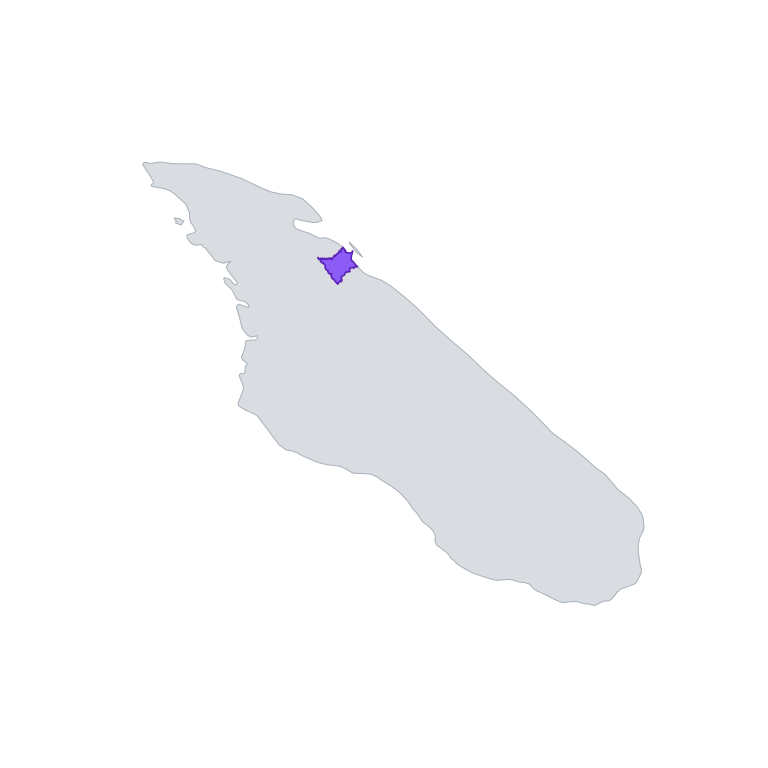 Soanierana Ivongo, Analanjirofo, Madagascar (highlighted), rotated 298°
{"feature_id": "10022922B56427545477040", "entity_name": "Soanierana Ivongo", "entity_type": "district", "adm_level": 2, "iso_a3": "MDG", "parent_name": "Madagascar", "parent_adm1": "Analanjirofo", "projection": "equal_earth", "projection_center": [49.223, -16.67], "detail": "fine", "context": "in_parent", "style": "filled", "palette": "violet", "viewbox_px": 768, "rotation_deg": 298, "n_neighbors": 0, "source": "geoboundaries", "source_scale": "gbopen_adm2", "svg_char_len": 8306}
<svg xmlns="http://www.w3.org/2000/svg" viewBox="0 0 768 768"><g transform="rotate(298 384 384)"><path d="M476.1,84.7L477.7,89.7L479.6,94.5L485.5,106.1L488.1,110.5L490.2,115.3L491.3,124.7L495.0,139.3L498.5,161.3L499.6,183.9L500.6,194.2L503.4,203.9L507.9,214.0L509.3,225.2L506.5,236.7L502.5,247.6L501.5,249.6L499.6,252.4L498.8,252.3L495.6,249.5L493.0,244.9L489.7,234.1L488.5,228.6L487.1,227.7L483.3,228.2L480.5,231.6L480.0,233.8L480.6,239.9L481.6,245.3L482.1,250.9L482.2,257.9L483.2,260.0L484.7,261.8L486.3,266.4L486.6,277.3L485.6,282.8L482.9,287.5L483.0,290.1L484.0,292.8L483.1,294.4L479.5,296.5L478.0,298.3L476.0,303.1L472.9,312.9L472.4,317.9L474.4,333.1L473.8,343.8L469.8,364.4L467.5,374.2L464.2,385.8L459.2,401.2L454.3,420.5L450.1,440.2L447.0,452.1L443.5,463.8L438.7,484.4L434.7,505.3L428.7,528.3L420.4,553.8L419.5,557.2L417.8,570.2L416.0,581.5L413.8,592.7L409.2,611.1L408.7,616.8L407.7,622.3L403.3,633.8L401.4,638.1L400.1,642.6L399.3,648.4L398.0,654.0L394.8,664.2L390.0,673.0L386.7,676.2L379.6,680.8L375.9,681.8L367.9,681.9L360.1,684.5L352.0,689.6L344.2,695.4L341.3,698.2L338.0,699.8L327.7,700.1L324.6,698.8L314.1,689.3L310.1,687.7L302.5,686.4L300.2,685.6L298.1,684.3L294.9,679.3L288.8,675.1L287.3,673.8L286.3,670.9L285.7,667.7L284.0,664.2L282.8,657.5L280.7,652.8L274.9,644.5L274.3,641.8L273.7,633.0L273.8,627.1L273.1,616.1L273.7,611.0L275.6,606.4L274.7,601.3L272.5,596.1L271.6,590.6L270.0,585.6L264.0,576.6L262.5,572.2L261.5,567.6L259.0,553.4L258.7,548.4L258.9,537.9L259.6,532.4L261.0,528.7L261.3,525.8L262.2,523.4L263.6,521.5L264.5,519.2L266.6,505.7L269.3,502.7L273.5,500.9L276.8,497.4L278.7,492.7L280.5,482.8L285.6,473.1L287.4,467.9L291.6,460.2L295.3,449.2L296.4,444.1L297.1,438.8L298.0,427.2L298.6,421.4L298.4,415.7L296.2,409.8L290.9,399.1L290.7,397.1L291.1,389.2L290.6,383.4L288.6,377.7L286.1,372.3L283.6,362.2L282.3,345.5L282.4,339.4L281.7,334.0L279.9,328.9L281.0,320.0L296.2,287.5L296.7,283.6L296.0,273.7L296.3,267.9L296.8,265.8L298.0,264.5L300.6,263.9L313.2,262.5L314.8,261.5L317.9,258.8L322.2,253.5L324.1,251.9L325.9,252.5L327.0,254.8L328.4,256.0L333.4,253.6L335.4,253.5L337.4,253.9L338.3,251.7L338.8,248.7L339.6,246.6L340.9,245.5L347.4,244.8L351.6,244.0L357.0,241.9L358.1,242.3L362.5,249.8L363.9,250.4L365.6,250.7L367.0,249.3L363.5,245.4L362.9,243.2L363.1,240.7L365.0,235.3L368.1,231.2L375.1,225.0L382.4,217.8L384.5,217.3L386.3,218.4L387.7,226.9L387.6,228.3L388.7,228.5L390.1,227.5L391.3,224.0L391.3,221.2L390.3,218.5L389.9,216.1L389.8,214.0L393.5,209.0L396.4,204.2L397.7,198.4L398.9,195.8L402.0,192.8L402.9,193.3L403.6,195.7L404.0,198.3L403.2,200.8L402.1,203.3L401.7,206.7L403.4,207.3L405.0,206.5L407.4,200.5L410.1,194.7L411.7,191.7L413.8,189.7L417.2,190.1L420.5,191.4L415.1,185.3L413.7,177.0L420.1,162.6L420.2,159.6L421.1,158.7L421.5,157.5L418.2,152.7L417.6,150.3L418.0,146.6L419.6,143.3L421.0,141.1L423.1,140.2L424.7,141.5L428.3,145.4L430.7,146.1L433.6,142.2L436.0,137.4L439.6,134.1L443.6,132.1L449.8,124.6L453.8,108.8L454.2,104.1L453.3,98.5L451.8,93.2L449.4,86.6L450.1,85.1L453.5,86.0L454.6,85.1L458.3,79.2L464.4,67.9L466.4,67.9L468.1,70.0L468.7,73.1L469.9,75.4L474.0,80.7L476.1,84.7ZM433.7,129.1L433.8,130.9L429.1,130.2L428.4,124.2L430.7,124.0L431.2,121.6L432.6,121.3L434.1,126.6L433.7,129.1ZM490.0,296.9L486.0,305.6L487.1,298.4L491.7,287.9L493.0,287.1L490.0,296.9Z" fill="#d9dde1" stroke="#a8b0b8" stroke-width="1"/><path d="M464.5,266.4L464.5,266.6L464.0,267.2L463.8,267.1L463.6,267.5L463.3,268.0L463.6,268.4L463.7,268.7L463.9,269.6L463.7,270.0L463.4,269.8L463.0,270.0L462.9,270.2L462.6,270.2L462.6,270.5L462.2,270.7L462.3,270.9L462.3,271.0L462.1,271.6L461.9,271.9L462.0,272.0L462.0,272.7L461.9,272.9L462.0,273.1L461.9,273.2L462.5,273.6L462.3,274.2L462.2,274.2L461.9,274.4L461.7,274.6L461.6,274.9L461.4,275.1L461.3,276.0L461.2,276.3L460.7,276.7L460.4,276.9L460.0,277.0L459.8,276.9L459.4,277.3L459.0,277.5L458.9,277.8L458.6,278.0L458.3,278.2L458.0,278.9L457.7,279.1L457.7,280.2L457.7,281.1L457.7,281.5L457.3,281.4L456.8,281.7L456.6,281.9L456.4,282.5L456.1,282.7L455.7,282.9L455.7,283.3L455.6,283.5L455.6,283.9L455.6,284.3L455.9,284.5L456.0,284.7L456.0,285.0L456.2,285.3L456.3,285.4L456.6,285.4L456.8,285.9L456.6,285.9L456.5,286.0L456.2,285.9L456.2,285.6L455.7,285.9L455.4,286.3L455.2,286.1L454.8,286.6L454.6,286.7L454.5,286.9L454.3,286.9L454.1,287.3L453.7,287.5L453.7,287.9L453.6,288.1L453.2,288.1L453.1,288.6L452.9,288.6L452.8,288.9L452.9,289.5L452.7,289.6L452.8,289.9L452.8,290.5L452.7,291.3L452.1,291.5L452.1,291.8L451.9,292.0L451.7,292.8L451.5,293.2L451.4,293.5L451.2,294.1L451.0,294.4L451.0,294.6L450.8,294.8L450.8,295.1L450.6,295.8L450.9,295.7L451.1,295.7L451.1,295.9L450.8,296.4L450.9,296.5L451.1,296.6L451.3,296.5L451.5,296.5L451.8,296.3L452.0,296.4L452.5,296.5L452.7,296.3L453.0,296.4L453.0,296.6L453.4,296.9L453.5,297.1L453.8,297.2L454.0,296.9L454.2,297.1L454.2,297.5L454.3,297.4L454.4,297.7L454.6,297.7L454.8,297.6L455.0,297.5L455.2,297.8L455.3,297.9L455.5,298.1L455.5,298.3L456.0,298.3L455.9,297.9L456.1,297.6L456.2,297.2L456.4,297.2L456.5,297.1L456.8,297.0L457.1,297.2L457.3,296.9L457.8,296.4L458.0,296.0L458.3,295.8L458.6,296.0L459.1,296.4L459.3,296.6L460.4,297.0L460.9,297.5L462.1,298.1L462.3,297.9L462.4,297.7L462.6,297.7L463.2,297.7L463.7,297.5L463.8,297.5L464.0,297.7L464.3,297.7L464.4,297.9L464.6,298.1L464.7,297.9L464.9,298.0L465.2,297.9L465.2,298.3L465.4,298.6L465.5,298.7L465.5,298.9L465.7,299.1L466.0,299.1L466.2,299.3L466.1,299.5L466.2,299.8L466.5,300.0L466.7,300.3L466.6,300.6L467.0,300.9L467.3,300.7L467.4,300.8L467.5,300.5L467.9,300.3L468.2,300.3L468.5,300.0L468.8,300.2L469.3,299.8L469.7,299.6L469.8,299.7L470.0,299.7L470.0,299.9L470.1,300.0L470.8,300.1L471.5,300.9L472.0,301.2L472.0,301.6L471.9,302.3L472.1,302.6L472.0,303.0L472.5,303.1L472.8,303.2L473.0,303.1L473.1,303.3L473.3,303.3L473.4,303.5L474.0,303.6L474.6,303.9L474.5,304.3L474.5,304.6L474.8,304.6L474.7,304.8L474.8,305.4L474.9,305.5L475.1,305.5L475.4,305.2L475.5,304.8L475.4,304.6L475.7,303.8L475.8,303.0L476.2,302.3L476.3,301.9L476.6,301.4L476.7,301.0L477.0,300.7L477.3,299.9L477.5,299.3L477.7,298.8L477.7,298.6L477.8,298.1L477.8,297.5L477.9,297.2L478.1,297.0L478.6,296.6L479.4,296.1L480.6,295.6L482.4,295.0L485.1,294.5L486.6,294.0L486.6,293.8L486.2,294.0L485.8,294.0L485.5,293.8L485.3,293.9L485.0,293.8L484.8,293.6L483.6,292.2L483.5,291.9L482.8,290.5L482.5,289.8L482.7,289.4L482.5,289.2L482.6,288.8L482.5,288.6L482.4,288.1L482.5,287.5L482.6,287.3L482.9,287.2L483.0,286.9L483.4,286.9L483.6,287.1L483.6,287.3L483.3,287.4L483.3,287.5L483.7,287.3L484.0,287.2L484.1,286.9L483.9,286.9L483.9,286.7L484.2,286.4L484.2,285.8L484.3,285.6L484.6,285.4L484.8,284.7L485.2,284.3L485.1,284.2L485.2,283.8L485.2,283.4L484.8,283.4L483.8,283.1L483.6,283.3L483.5,283.6L483.4,283.5L483.3,283.4L483.3,282.9L483.1,282.7L482.8,282.9L482.6,283.3L482.2,283.4L482.0,283.0L481.7,283.1L481.2,283.0L480.9,282.9L480.7,283.2L480.7,282.8L480.4,282.6L480.4,282.3L480.2,282.5L480.1,282.4L479.9,282.6L479.8,282.3L479.6,282.2L479.5,282.5L479.4,282.5L479.4,282.1L479.2,282.0L478.7,282.2L478.6,282.3L477.9,282.3L477.8,282.2L477.6,281.8L477.4,282.0L477.1,281.8L476.8,281.7L476.7,281.4L476.3,281.6L476.1,281.5L475.7,281.3L475.3,281.4L475.2,281.1L474.9,280.5L474.6,280.7L474.7,280.3L474.4,280.1L474.4,279.9L473.9,279.8L474.1,280.1L473.8,280.4L473.5,279.9L473.2,280.1L472.8,280.0L472.2,279.7L471.8,279.9L471.3,279.9L469.9,279.6L470.2,279.2L470.3,278.9L470.4,278.7L470.4,278.2L470.5,278.1L470.4,278.0L470.2,278.0L469.6,278.2L469.2,278.5L469.0,278.4L469.0,278.0L469.1,277.7L469.4,277.5L469.5,277.2L469.4,276.5L469.2,276.4L469.1,276.6L469.1,276.3L469.0,276.1L468.7,276.0L468.4,276.2L468.2,275.9L467.9,275.8L467.7,275.7L467.9,275.2L467.9,274.9L468.0,274.9L467.9,274.8L467.9,274.6L467.7,274.6L467.6,274.4L467.5,274.2L467.3,274.2L467.2,274.2L467.3,273.9L467.2,274.0L467.1,273.8L467.3,273.7L467.2,273.6L467.0,273.8L466.9,273.7L466.7,273.1L466.8,273.0L466.7,273.1L466.7,272.8L466.8,272.7L466.7,272.7L466.6,272.8L466.5,272.7L466.4,272.7L466.4,272.0L466.0,272.0L465.8,271.6L466.0,271.3L465.9,271.4L465.8,271.2L465.6,271.2L465.4,271.2L465.8,270.6L465.7,270.6L465.7,270.4L465.8,270.3L465.6,270.2L465.4,269.9L465.2,269.7L465.4,269.4L465.0,269.3L465.0,269.1L464.8,269.0L464.7,269.1L464.5,268.7L464.4,268.5L464.3,268.2L464.2,268.2L464.2,267.8L464.3,267.5L464.6,267.2L464.8,266.5L464.5,266.4Z" fill="#8b5cf6" stroke="#5b21b6" stroke-width="1.5"/></g></svg>